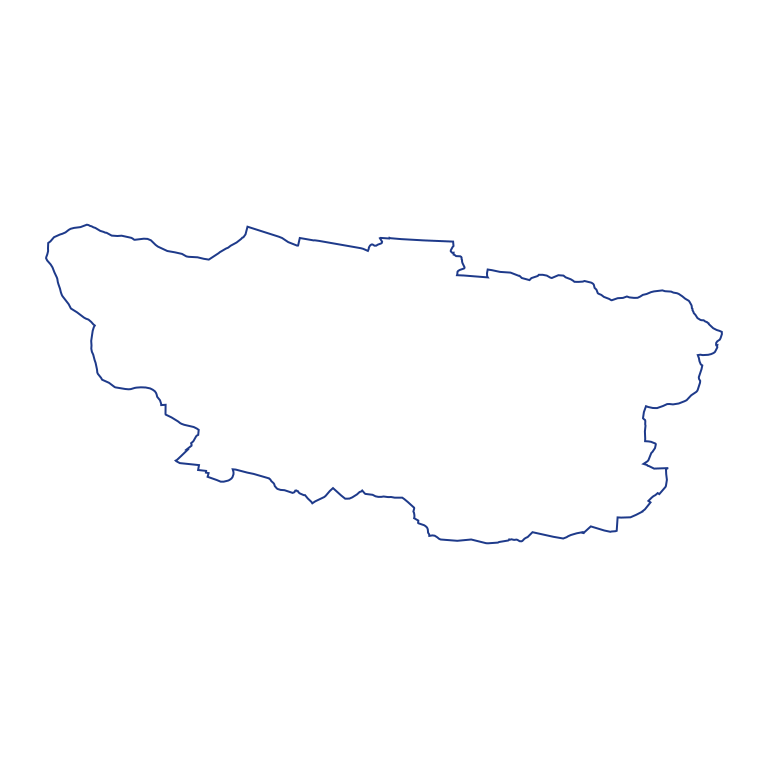 Jucu, Cluj, Romania (Robinson projection)
{"feature_id": "2599482B94337896165736", "entity_name": "Jucu", "entity_type": "district", "adm_level": 2, "iso_a3": "ROU", "parent_name": "Romania", "parent_adm1": "Cluj", "projection": "robinson", "projection_center": [23.807, 46.849], "detail": "fine", "context": "isolated", "style": "outline", "palette": "blue", "viewbox_px": 768, "rotation_deg": 0, "n_neighbors": 0, "source": "geoboundaries", "source_scale": "gbopen_adm2", "svg_char_len": 6060}
<svg xmlns="http://www.w3.org/2000/svg" viewBox="0 0 768 768"><path d="M721.8,331.9L719.6,330.9L716.7,330.0L713.2,328.2L708.8,324.1L708.7,323.4L707.5,322.7L707.3,322.3L705.1,321.4L703.7,320.3L701.5,320.2L700.4,319.9L697.5,318.1L695.4,314.8L693.8,313.1L693.4,311.8L692.5,310.2L692.5,308.9L691.9,308.2L691.7,306.1L691.5,305.3L689.6,301.9L688.8,300.8L685.2,298.7L682.3,296.3L678.7,293.9L676.9,293.2L673.4,292.6L671.1,291.6L665.0,291.2L662.4,290.4L654.0,291.4L651.1,292.1L646.6,294.0L642.8,294.9L640.3,296.5L637.6,297.8L634.2,297.9L629.4,297.4L626.9,296.5L623.0,297.9L617.7,298.2L611.9,300.2L611.3,300.2L609.1,298.9L603.9,296.9L601.3,294.9L598.5,293.7L597.8,293.2L596.4,289.6L594.6,287.9L593.8,284.7L593.2,283.9L592.1,283.1L591.1,282.6L584.5,281.0L582.8,281.6L578.3,281.9L574.4,281.8L573.1,280.7L570.8,279.3L565.6,277.3L563.5,275.6L558.4,275.2L551.8,278.0L550.3,277.6L546.8,275.6L542.7,274.8L538.8,274.8L537.7,276.0L531.4,278.1L529.5,280.1L521.8,278.0L519.5,275.8L519.0,275.9L510.5,272.6L500.0,271.9L492.1,270.2L487.7,269.5L487.0,273.2L487.1,275.5L487.2,276.4L487.8,277.4L463.8,275.5L457.0,275.2L457.3,274.2L457.5,271.8L457.8,271.4L458.3,270.8L459.9,269.9L464.0,268.5L464.5,267.9L464.5,267.2L462.5,263.1L462.1,261.7L462.0,259.9L461.6,259.2L461.6,257.8L461.2,256.9L460.2,256.3L456.1,256.1L454.4,254.8L453.6,254.6L453.6,252.7L452.4,252.9L450.8,251.4L450.8,250.3L452.6,247.0L453.5,246.0L453.1,241.6L424.0,240.4L401.0,239.1L390.4,238.2L389.4,237.8L389.2,238.5L380.5,237.9L379.9,238.2L382.1,241.7L381.8,242.9L381.0,243.5L377.9,244.6L376.1,245.7L374.5,245.7L372.8,244.6L372.0,244.4L371.1,244.7L370.0,245.6L368.9,247.5L368.7,249.0L367.9,250.9L363.1,248.8L360.8,248.2L319.1,240.9L314.7,240.3L313.6,240.4L299.8,238.0L298.1,245.5L297.1,245.6L288.2,242.1L282.1,238.0L278.8,236.7L247.5,226.7L245.5,234.4L243.4,237.3L242.4,237.6L241.2,238.9L236.6,242.5L230.7,245.7L228.1,247.7L226.1,248.5L219.8,252.2L218.6,253.2L208.8,259.6L203.8,258.8L197.5,257.3L188.5,256.8L186.4,256.4L182.0,253.9L174.8,252.3L167.3,251.0L157.9,246.6L155.6,244.9L150.9,240.3L147.5,238.9L143.8,238.7L134.7,239.8L133.8,239.5L132.6,238.5L131.2,237.8L121.6,235.7L117.4,236.0L111.7,235.6L106.6,232.8L105.1,232.6L103.6,231.9L100.3,230.9L95.3,227.9L93.4,227.3L91.6,226.3L90.0,225.9L88.6,225.1L86.9,224.7L80.5,227.1L74.1,227.9L70.6,228.8L68.7,229.9L65.5,232.4L62.3,233.8L60.0,234.5L54.0,237.2L50.4,241.4L48.2,243.0L48.0,248.4L48.1,251.1L47.3,254.3L46.2,257.3L46.1,258.3L47.2,260.5L50.7,264.5L52.5,267.4L54.4,272.3L56.8,277.4L57.3,278.8L57.8,282.0L58.4,284.1L60.0,288.7L60.9,292.4L61.8,294.9L62.5,296.2L68.7,304.2L70.9,308.5L77.0,312.3L84.0,317.6L85.8,318.6L88.5,319.6L91.2,321.9L93.4,324.4L94.8,325.5L93.8,327.2L92.7,330.8L92.2,334.1L91.2,340.9L91.5,345.4L91.3,348.7L91.9,351.8L93.2,354.6L94.6,360.0L95.6,362.9L97.0,369.5L97.3,372.5L97.9,373.9L101.1,377.9L102.1,379.7L109.0,382.8L114.7,387.1L115.6,387.4L125.3,389.0L128.6,389.3L130.8,389.1L134.8,387.9L136.6,387.6L141.0,387.3L145.7,387.5L150.1,388.4L152.7,389.7L154.9,391.3L156.0,392.9L156.6,394.4L157.2,396.8L160.0,400.3L161.1,403.6L161.2,405.1L165.6,404.8L165.5,413.9L165.7,414.6L171.5,417.4L178.0,421.4L180.3,423.2L181.7,423.9L184.2,424.8L193.7,427.0L196.9,428.6L198.7,429.9L198.2,434.9L197.1,435.4L196.2,436.2L193.3,441.3L191.1,443.2L191.6,444.8L191.5,445.7L186.5,449.6L187.6,449.8L178.4,458.6L176.7,460.1L175.7,460.6L176.3,461.2L179.8,463.1L199.0,465.1L198.1,470.0L206.1,470.9L205.9,472.6L208.6,473.1L207.6,476.8L216.7,480.0L220.8,481.7L223.6,481.7L228.1,480.6L229.4,480.0L231.5,478.5L232.5,477.1L233.5,474.2L233.5,472.1L232.7,469.3L235.8,469.6L247.3,472.6L253.6,473.9L269.1,478.4L269.4,478.9L270.2,479.3L271.3,481.1L273.6,483.2L274.2,484.1L274.8,486.1L276.9,488.5L277.7,489.0L280.6,489.9L284.5,490.2L292.6,492.9L294.4,492.2L295.3,490.6L296.5,490.5L297.1,491.1L297.8,491.1L298.8,492.6L299.8,493.4L303.7,495.1L305.0,495.1L307.8,498.5L311.3,501.8L312.3,503.3L315.3,501.3L324.3,497.0L325.7,495.8L329.9,490.9L333.0,488.1L341.2,495.5L345.2,498.7L349.4,498.6L352.2,497.4L357.0,494.4L359.6,492.0L361.2,491.5L362.2,490.5L364.8,493.5L365.4,493.9L372.6,494.8L375.5,496.3L378.4,496.9L381.1,496.9L383.6,496.5L388.2,497.1L391.1,497.0L394.9,497.7L402.3,497.7L404.3,499.1L407.8,502.0L414.1,507.7L414.2,508.4L413.4,511.6L414.0,512.8L414.4,515.2L414.4,517.1L414.1,518.2L418.3,520.6L418.1,522.9L418.5,523.3L424.1,525.2L425.5,526.1L426.9,527.4L427.4,528.3L427.8,529.5L428.1,532.7L429.2,534.4L429.3,535.9L432.4,535.4L434.7,535.7L437.1,537.2L439.2,538.9L440.7,539.5L457.3,540.8L471.2,539.5L486.1,543.2L488.0,543.3L497.9,542.6L499.1,542.0L508.2,540.5L508.7,540.2L509.0,539.8L509.2,539.4L510.0,539.7L511.4,539.3L514.1,539.9L516.5,539.6L517.5,539.9L519.6,541.2L521.5,541.3L522.4,540.9L524.5,538.7L526.7,537.4L527.5,537.2L532.5,532.2L553.4,536.8L563.2,538.5L566.6,537.2L568.2,536.2L570.9,535.0L576.7,533.3L582.4,532.2L582.3,532.8L583.7,533.1L584.3,532.3L590.8,526.4L604.3,530.5L610.4,531.8L611.5,531.5L615.5,531.2L616.7,530.8L617.6,517.4L621.2,517.6L630.5,517.3L636.2,514.8L642.4,511.6L642.3,511.4L644.9,509.4L650.5,502.4L648.4,500.9L648.8,500.5L651.7,497.6L653.4,496.2L655.4,495.1L657.7,493.1L659.3,494.1L665.0,487.5L665.7,486.6L666.0,485.4L666.9,479.8L666.2,474.1L666.0,469.6L667.2,468.3L668.3,468.1L654.1,468.6L649.0,466.1L647.6,465.7L647.2,465.1L646.7,464.9L643.5,463.9L647.6,461.2L648.5,460.0L651.3,453.0L652.8,451.5L652.9,451.2L655.0,448.1L655.8,444.5L655.7,443.9L655.3,443.5L651.0,441.8L648.4,441.4L645.1,441.2L645.2,438.4L644.9,431.4L645.5,425.7L645.2,424.3L645.3,421.1L645.1,420.1L643.5,418.8L643.0,418.2L643.9,412.1L646.0,406.2L648.2,407.0L652.9,408.0L657.0,408.1L663.0,406.0L667.1,404.1L669.3,404.0L673.0,404.4L678.7,403.5L684.6,401.2L686.6,400.2L691.2,395.3L696.4,391.8L697.4,390.6L697.9,389.3L700.0,382.8L700.2,380.9L699.0,378.9L698.8,377.2L701.5,369.2L702.3,365.4L700.8,364.4L699.5,361.3L698.9,358.1L697.8,355.1L700.3,354.7L702.8,355.1L708.2,354.8L711.1,354.1L713.6,353.0L715.0,351.9L717.3,347.4L717.1,346.0L717.3,345.1L716.3,345.3L716.1,344.9L716.2,342.9L717.2,341.4L719.8,339.6L720.6,338.0L721.9,334.1L721.8,331.9Z" fill="none" stroke="#1e3a8a" stroke-width="2"/></svg>